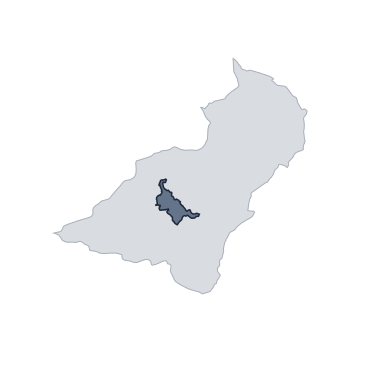 Bria, Haute-Kotto, Central African Republic (highlighted), rotated 150°
{"feature_id": "33826404B18938631147464", "entity_name": "Bria", "entity_type": "district", "adm_level": 2, "iso_a3": "CAF", "parent_name": "Central African Republic", "parent_adm1": "Haute-Kotto", "projection": "mercator", "projection_center": [22.039, 6.617], "detail": "fine", "context": "in_parent", "style": "filled", "palette": "slate", "viewbox_px": 384, "rotation_deg": 150, "n_neighbors": 0, "source": "geoboundaries", "source_scale": "gbopen_adm2", "svg_char_len": 6222}
<svg xmlns="http://www.w3.org/2000/svg" viewBox="0 0 384 384"><g transform="rotate(150 192 192)"><path d="M259.7,147.5L262.9,148.4L263.4,149.3L262.5,152.6L263.1,154.6L264.9,156.3L266.8,157.0L268.5,157.4L274.6,158.4L277.1,159.6L280.4,163.4L284.6,166.8L285.6,168.6L285.4,170.3L284.2,172.3L284.4,173.1L286.3,175.1L288.5,177.2L292.5,179.5L299.5,183.0L302.7,185.4L303.8,187.2L305.5,189.2L308.0,191.0L309.7,192.4L308.6,196.3L308.9,197.6L309.5,198.7L311.0,200.2L311.6,202.2L313.0,204.7L314.7,205.8L317.6,206.2L319.1,207.4L322.3,209.3L325.3,211.0L326.6,212.2L327.4,213.3L328.1,214.5L328.5,215.7L328.5,218.3L329.1,221.6L330.7,223.9L332.2,225.5L326.0,223.6L325.1,223.6L323.9,223.9L320.7,226.3L319.7,226.6L315.6,226.1L305.6,224.2L298.0,222.4L295.7,221.8L291.6,221.1L288.9,222.4L286.4,226.6L285.7,227.4L281.7,228.6L279.8,228.3L275.2,229.4L268.1,227.7L265.6,228.0L263.6,228.9L258.5,230.8L255.4,231.9L251.8,232.9L248.3,234.4L246.0,235.2L243.8,235.2L241.8,234.4L239.5,233.6L236.9,233.5L234.1,233.9L231.7,235.6L230.8,236.8L228.8,239.9L226.3,245.1L225.4,246.1L224.5,246.7L213.4,244.1L208.6,243.5L205.4,244.3L201.4,242.8L199.6,242.6L198.8,243.0L196.5,242.4L192.8,240.6L189.3,239.9L186.2,240.2L184.2,239.6L182.7,237.9L180.7,234.7L177.1,231.6L172.2,229.1L169.2,227.2L168.0,226.0L165.4,225.3L161.4,225.1L157.5,226.4L152.0,230.3L146.9,238.2L144.1,241.3L141.8,242.1L141.2,244.0L142.3,247.1L142.6,250.6L141.8,256.6L142.1,260.9L140.9,260.2L139.7,258.2L139.2,257.8L135.8,258.7L134.1,259.5L133.1,260.3L132.4,260.4L131.3,259.3L130.5,259.1L129.2,259.3L127.8,259.3L126.9,259.2L126.3,259.3L124.8,258.6L118.9,256.9L117.9,256.4L116.8,256.4L113.8,257.9L112.2,258.3L107.4,259.2L102.2,259.6L100.3,259.7L98.9,260.3L98.0,261.2L96.4,266.7L96.0,267.7L96.1,269.1L95.6,273.5L95.8,274.9L89.7,287.1L88.6,285.0L88.0,282.7L87.8,279.9L87.9,279.2L87.5,278.4L87.0,276.2L87.5,274.7L87.1,273.2L85.9,271.8L84.8,270.6L84.2,269.6L83.6,269.2L82.4,269.0L80.8,268.5L74.0,261.4L66.9,253.3L65.4,250.7L64.8,249.2L66.6,249.1L67.0,248.8L67.0,248.1L66.0,246.0L65.5,243.4L64.6,241.8L61.8,239.4L59.1,237.5L58.3,236.5L57.8,235.2L56.8,226.5L56.3,224.0L55.5,222.9L54.9,222.4L54.6,221.8L54.7,220.3L55.1,218.9L55.1,218.4L55.8,217.2L55.8,209.1L54.9,208.0L53.3,208.0L52.5,206.8L51.8,205.4L52.0,204.3L53.5,202.7L54.6,202.0L57.6,200.8L58.4,200.1L59.0,199.3L59.3,198.2L61.1,194.1L63.7,190.0L64.8,189.1L67.5,183.0L68.1,181.5L68.5,179.9L69.4,178.7L72.3,176.6L74.5,173.0L76.8,173.2L79.2,173.8L82.3,174.1L84.8,173.4L86.4,172.0L93.9,169.5L94.4,167.6L95.6,166.6L97.0,165.7L97.5,165.6L97.6,166.2L98.4,168.2L100.1,170.2L102.7,172.4L103.4,172.3L104.9,170.6L108.9,169.6L109.9,169.1L112.7,166.7L116.0,165.1L118.0,164.6L121.4,163.0L123.8,163.2L127.6,162.9L134.1,162.2L138.8,161.9L141.1,161.6L141.7,161.3L142.6,159.0L143.3,158.3L145.1,157.3L148.5,153.8L150.8,150.8L151.5,149.7L151.9,149.5L152.9,148.3L151.9,147.0L148.1,144.4L148.1,144.0L147.9,143.5L148.1,143.2L149.6,142.1L151.6,140.9L153.7,140.4L159.2,140.5L163.9,140.3L165.0,140.3L168.7,139.7L171.2,139.1L173.7,137.9L179.6,138.0L184.4,134.7L185.8,134.2L186.4,133.7L186.6,133.2L188.9,131.9L191.4,129.2L193.4,126.8L194.0,125.1L199.5,119.4L201.4,119.5L202.4,118.8L204.5,115.0L205.2,114.3L207.5,113.6L208.5,112.5L209.5,110.8L209.5,108.7L209.1,107.0L209.1,106.2L209.6,105.5L210.5,104.7L214.6,102.7L215.7,101.7L216.3,100.8L217.5,100.6L218.8,100.7L219.6,100.1L220.5,99.2L223.4,97.9L226.1,96.9L228.9,97.4L234.0,98.6L235.5,101.4L236.3,102.3L242.6,108.8L243.8,110.3L246.9,115.0L248.8,118.2L251.0,122.7L251.2,125.2L250.9,127.3L250.5,133.3L249.9,135.0L247.1,138.3L247.0,139.7L247.6,140.9L248.4,141.4L249.0,142.0L248.6,144.8L249.6,145.9L251.7,146.6L257.0,147.1L259.7,147.5Z" fill="#d9dde1" stroke="#a8b0b8" stroke-width="1"/><path d="M223.8,187.2L223.6,185.6L223.4,184.9L222.8,184.1L222.3,183.1L222.2,181.8L221.9,181.4L221.7,180.0L222.7,177.7L223.2,177.1L223.0,176.6L222.3,175.4L222.7,174.8L222.4,173.3L222.0,173.0L221.9,172.0L221.1,171.0L217.6,172.7L216.4,172.7L214.6,173.3L213.4,174.6L212.0,175.3L210.8,175.4L210.0,175.1L209.3,174.1L207.4,174.1L206.4,171.2L205.6,169.6L204.9,169.1L204.3,169.0L203.5,168.4L202.2,168.2L201.0,168.6L200.4,168.7L198.6,167.7L196.7,169.1L197.4,169.8L198.3,171.0L199.1,171.4L200.4,171.5L202.2,172.6L203.0,174.1L202.9,175.9L202.7,177.4L203.1,177.9L204.4,178.1L205.0,178.0L205.8,177.9L206.2,178.0L206.5,178.5L206.4,179.2L206.4,180.8L206.5,181.4L206.9,183.2L206.9,184.5L207.0,184.8L207.5,185.0L207.6,185.4L207.5,186.2L208.0,187.1L207.9,187.6L207.7,187.8L207.7,188.0L207.8,188.4L207.7,188.9L207.0,189.3L207.0,189.6L207.2,189.8L207.6,190.1L207.6,191.3L207.9,191.8L208.3,192.6L208.8,192.9L209.1,193.7L210.6,193.7L211.0,194.1L211.1,194.5L210.8,195.4L210.7,196.9L210.9,197.7L211.6,198.8L210.9,200.0L209.9,201.4L209.9,201.9L210.9,202.5L211.2,203.0L211.2,203.8L211.6,204.6L211.6,205.3L211.8,205.5L213.0,205.7L213.2,206.0L213.5,207.6L214.0,208.0L214.3,208.7L214.3,208.8L214.2,210.4L213.9,211.8L213.4,213.0L213.3,213.9L212.7,214.3L212.3,214.8L210.6,213.6L210.2,213.6L208.1,215.3L208.3,216.3L210.4,216.6L211.1,217.1L211.7,217.1L212.2,217.6L213.3,217.7L213.6,217.5L214.0,217.3L214.3,217.1L214.5,216.5L214.9,216.2L215.7,216.0L216.4,215.2L216.4,214.9L216.1,214.8L216.1,214.6L216.2,214.4L216.5,214.4L216.8,214.5L217.1,214.5L217.2,214.2L217.1,213.8L216.6,213.0L216.6,212.6L216.7,212.1L216.9,211.9L217.0,211.7L217.0,211.0L217.1,210.5L217.2,209.0L217.4,208.5L218.0,208.0L218.2,207.6L218.1,207.3L217.9,207.0L219.0,206.0L219.8,205.8L220.5,205.4L220.7,205.1L221.3,205.1L221.7,205.7L222.1,205.7L223.0,205.5L223.7,205.7L225.6,204.7L226.4,203.4L226.4,202.6L227.3,201.0L227.4,199.9L227.8,199.5L228.0,199.2L229.1,198.8L229.3,199.0L229.6,199.0L229.8,198.8L229.9,198.6L229.9,198.4L229.6,198.3L229.2,198.3L229.0,198.2L228.7,198.0L228.2,197.9L227.8,197.9L227.5,197.5L227.4,196.7L226.4,196.6L226.3,196.2L226.5,195.6L226.9,195.5L227.2,195.2L227.9,195.0L228.2,194.8L228.3,194.3L228.8,193.9L228.7,193.4L228.9,192.4L228.6,192.1L227.8,191.8L227.3,191.4L226.8,191.3L226.3,191.1L225.8,191.0L225.6,190.9L225.5,190.6L225.2,190.6L224.9,190.6L224.7,190.4L224.4,190.2L224.2,189.8L223.8,189.7L223.6,189.9L223.2,189.9L222.3,189.3L221.1,189.2L221.2,188.1L221.5,187.8L221.8,187.9L222.2,188.0L222.5,188.0L223.1,187.7L223.8,187.2Z" fill="#64748b" stroke="#1e293b" stroke-width="1.5"/></g></svg>